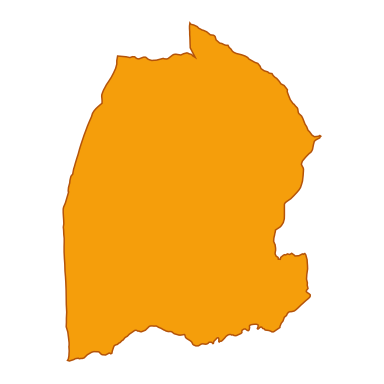 Dekese, Kasaï-Occidental, Democratic Republic of the Congo (Robinson projection)
{"feature_id": "63176286B23528212594514", "entity_name": "Dekese", "entity_type": "district", "adm_level": 2, "iso_a3": "COD", "parent_name": "Democratic Republic of the Congo", "parent_adm1": "Kasaï-Occidental", "projection": "robinson", "projection_center": [21.532, -3.234], "detail": "fine", "context": "isolated", "style": "filled", "palette": "amber", "viewbox_px": 384, "rotation_deg": 0, "n_neighbors": 0, "source": "geoboundaries", "source_scale": "gbopen_adm2", "svg_char_len": 5812}
<svg xmlns="http://www.w3.org/2000/svg" viewBox="0 0 384 384"><path d="M257.8,63.4L254.9,62.4L251.9,60.7L248.9,59.0L247.7,57.5L245.6,56.3L245.0,56.0L241.7,54.8L236.1,53.4L233.6,52.2L232.3,51.1L230.9,49.0L229.1,47.4L228.0,45.3L226.0,45.3L224.4,44.8L221.8,43.5L219.7,43.1L216.1,39.9L215.1,36.5L214.3,35.7L213.4,35.2L210.3,34.8L206.7,31.8L203.6,30.4L202.1,30.0L199.7,28.7L198.8,28.3L197.2,26.6L193.8,25.0L190.9,24.3L189.9,23.0L189.5,26.0L189.5,28.6L189.7,31.7L189.7,34.5L189.9,37.2L190.0,39.8L190.1,43.8L190.2,45.9L190.2,47.3L190.3,48.0L195.2,57.4L192.7,55.8L192.1,55.1L191.6,54.5L188.8,53.7L187.9,53.1L186.8,52.9L183.6,53.7L180.8,55.0L175.8,54.2L174.0,54.4L172.7,55.0L168.0,58.6L166.7,59.0L164.2,58.8L163.2,58.4L156.3,60.2L153.7,60.3L151.9,60.5L149.5,59.8L148.1,59.2L146.0,57.4L145.1,57.1L143.4,57.2L138.9,58.9L137.3,58.7L136.3,58.2L134.8,56.9L134.7,56.8L132.4,56.7L129.9,57.6L126.3,56.8L117.6,56.0L116.8,60.6L116.8,64.1L115.6,68.5L113.7,72.7L111.3,77.3L108.4,81.8L106.5,84.6L103.5,90.2L102.4,93.0L101.8,94.8L101.7,96.4L101.9,98.3L102.1,101.1L102.0,103.3L100.3,104.7L97.8,106.9L96.0,108.6L94.1,110.8L92.5,113.4L91.5,116.7L89.3,121.7L87.5,126.0L85.8,130.6L84.0,135.4L82.7,139.3L81.0,144.4L79.6,148.9L78.2,154.1L76.8,158.4L75.3,163.4L74.4,166.7L73.7,168.8L73.3,170.9L72.7,174.2L71.4,175.6L70.8,176.8L70.0,180.2L69.7,183.0L68.5,187.5L68.2,190.6L68.3,191.7L68.6,191.9L68.5,192.4L65.4,202.9L63.6,207.1L63.2,209.0L63.2,212.4L63.4,216.2L63.7,220.6L63.8,223.9L63.3,227.2L63.6,229.9L63.7,232.1L63.8,234.5L64.2,238.3L64.2,242.4L64.1,246.7L64.1,251.9L64.4,258.3L64.8,264.2L65.0,271.0L65.5,276.9L65.8,282.1L66.1,290.1L66.2,296.9L66.3,304.6L66.7,312.2L66.4,318.2L66.4,322.5L66.2,326.8L67.8,332.0L68.5,337.5L69.1,342.7L69.1,345.2L68.9,346.6L69.2,351.0L69.0,354.0L68.9,356.0L68.3,359.1L67.5,360.4L69.4,361.0L73.1,359.8L73.9,359.5L74.3,359.3L75.3,358.7L78.3,358.2L79.1,358.7L79.9,358.7L80.9,358.4L82.1,358.5L84.1,357.9L87.4,354.7L91.5,352.3L93.0,351.8L93.3,351.8L93.8,351.6L98.8,351.8L101.1,354.1L102.1,354.7L105.6,355.0L109.1,353.1L109.6,353.1L110.0,353.2L110.7,353.8L111.1,353.7L111.7,353.3L111.9,353.2L112.3,351.0L113.6,347.1L114.2,345.8L115.4,345.0L116.0,344.8L117.5,344.4L118.7,343.2L120.0,342.6L122.0,340.6L123.1,340.0L125.1,337.5L127.4,336.2L129.3,334.2L132.5,332.0L134.8,330.4L135.5,330.3L136.7,330.4L137.8,331.1L139.1,331.1L139.6,331.4L140.0,331.6L141.2,331.8L142.4,331.4L145.4,330.2L149.3,326.4L149.8,326.2L150.4,326.0L150.7,326.0L151.9,325.9L154.0,326.1L156.3,326.0L156.9,326.3L158.7,327.4L160.8,328.2L164.1,330.1L164.6,330.2L165.5,330.7L166.0,331.0L168.4,331.6L170.2,331.5L171.6,331.7L174.2,333.7L176.6,334.4L179.0,335.1L180.8,335.1L184.4,334.5L184.9,335.1L185.5,337.3L186.5,338.4L190.5,340.9L191.8,342.2L192.3,343.2L192.7,344.1L193.5,344.9L195.9,345.9L198.5,345.8L201.2,344.1L202.6,343.8L205.5,344.2L206.8,344.0L208.1,343.3L209.0,342.3L209.7,342.2L211.2,342.2L211.6,342.4L211.9,342.5L212.3,342.9L212.9,343.6L213.4,343.4L213.6,342.2L214.0,341.2L217.3,337.8L218.3,337.8L218.7,338.4L218.9,339.6L218.8,341.7L219.3,342.0L220.0,341.3L221.5,341.1L222.7,340.1L224.6,338.1L226.0,336.4L227.2,335.5L228.3,334.8L229.6,334.5L230.8,334.5L231.6,335.0L233.0,334.9L234.0,335.5L235.5,335.7L236.7,335.5L237.4,335.1L240.8,333.6L241.9,332.6L241.8,331.5L242.0,330.3L242.9,329.7L243.6,329.2L245.2,328.9L247.3,330.4L248.2,330.7L248.9,330.2L249.2,329.7L249.6,327.6L249.4,326.1L249.6,325.5L250.8,324.8L252.8,324.4L255.5,324.2L256.7,324.3L256.8,324.3L257.4,324.6L257.8,324.7L257.8,324.9L258.3,325.9L257.5,328.1L257.3,328.6L257.7,329.0L258.2,329.0L260.3,327.1L260.9,327.1L261.6,327.1L261.9,327.3L262.4,328.0L262.8,328.5L264.3,328.9L265.1,330.0L268.8,330.5L270.6,331.1L272.0,331.9L273.6,331.8L279.9,327.5L279.9,326.5L281.2,323.3L283.0,321.0L284.3,317.3L286.5,315.5L287.0,314.2L288.3,312.4L289.7,311.7L291.1,311.7L292.7,311.4L294.4,310.9L296.0,309.7L297.8,308.1L301.3,304.7L302.7,303.5L304.3,302.0L306.2,300.3L307.7,299.1L309.0,297.9L309.7,297.2L310.2,296.2L310.2,294.8L309.5,294.1L308.3,293.2L307.4,292.7L306.3,291.6L306.5,290.3L308.0,288.5L307.2,285.1L307.4,282.9L306.5,279.1L306.8,274.5L307.6,268.9L307.5,265.7L307.2,261.6L307.1,259.8L305.8,254.9L305.1,253.9L304.8,253.5L304.1,253.7L303.5,254.3L302.4,253.9L298.9,255.7L295.0,256.0L294.6,255.4L291.7,253.3L289.7,254.5L287.4,253.9L285.7,254.9L284.5,254.7L283.8,255.0L283.3,255.3L280.7,257.4L280.3,259.3L279.1,259.1L278.3,259.2L278.1,257.5L278.0,257.4L277.0,256.7L276.1,256.1L275.9,255.7L275.7,255.2L275.3,254.3L275.1,253.6L275.1,253.2L275.2,252.7L275.3,251.8L275.4,251.4L275.5,250.9L275.6,250.5L275.6,248.3L275.5,247.8L275.5,247.3L275.3,246.3L275.2,245.7L275.2,245.2L275.1,244.7L274.8,244.2L273.8,241.8L273.6,241.4L273.7,240.5L273.7,240.0L273.8,239.0L273.8,238.6L273.9,238.0L274.0,237.5L274.2,236.5L274.4,235.9L274.6,234.9L274.7,234.3L274.9,233.3L275.0,232.8L275.2,232.2L275.3,231.7L275.5,230.0L280.2,226.9L281.4,225.6L282.4,224.0L283.3,222.6L284.3,218.8L284.4,215.5L284.4,213.0L284.4,210.5L284.4,204.5L284.7,203.4L286.1,202.0L287.6,200.9L289.5,199.6L290.8,198.7L294.0,195.5L296.9,192.4L299.0,189.9L300.5,187.5L301.6,184.2L302.5,181.0L303.1,175.6L303.4,171.5L303.5,169.1L303.1,167.7L302.3,166.3L301.4,164.4L301.7,163.0L302.5,160.9L305.7,157.1L307.3,155.4L309.1,153.6L310.8,152.3L311.5,151.4L312.5,149.5L313.5,144.4L314.3,141.4L315.5,140.2L317.0,139.3L318.9,138.3L319.7,137.9L320.3,136.6L320.8,136.2L319.8,135.5L319.1,135.9L318.4,136.3L314.4,136.7L312.0,135.1L309.5,131.7L308.1,130.3L307.8,129.7L306.7,126.8L305.0,124.1L302.7,118.2L301.6,116.1L298.8,113.5L298.3,112.4L297.7,108.8L297.2,107.8L295.3,105.9L294.1,104.3L293.1,103.7L290.3,99.8L288.6,95.6L287.2,91.7L287.4,89.7L284.1,85.5L281.4,84.1L280.9,83.8L279.2,81.3L276.7,78.4L274.8,77.2L273.1,75.5L272.0,73.6L269.5,73.2L268.7,72.8L267.8,71.9L264.2,70.8L261.0,68.6L260.1,66.2L257.8,63.4Z" fill="#f59e0b" stroke="#b45309" stroke-width="1.5"/></svg>